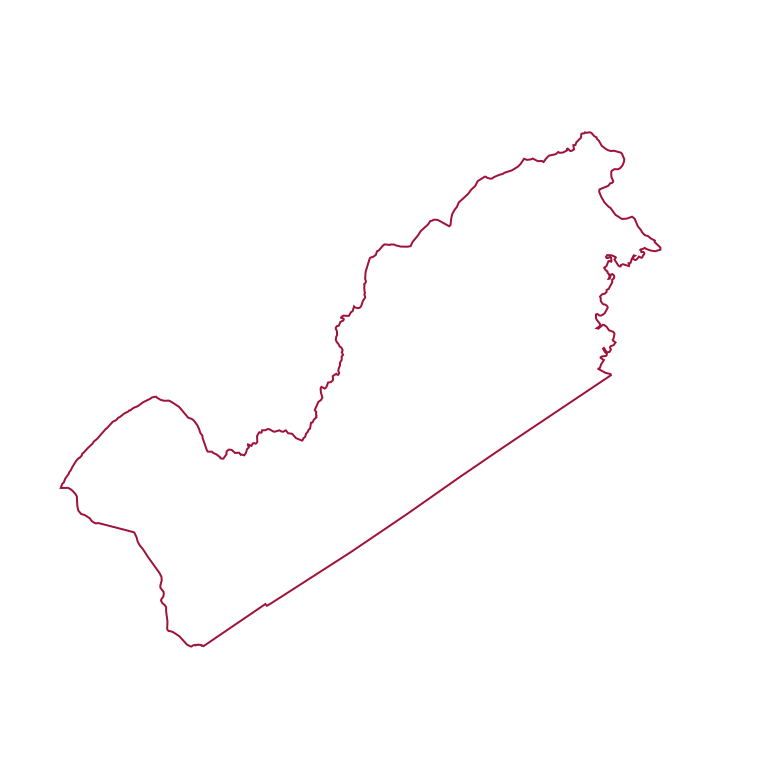 Kolda, Kolda, Senegal (Mercator projection), rotated 326°
{"feature_id": "50182788B77977720497228", "entity_name": "Kolda", "entity_type": "district", "adm_level": 2, "iso_a3": "SEN", "parent_name": "Senegal", "parent_adm1": "Kolda", "projection": "mercator", "projection_center": [-14.609, 12.87], "detail": "fine", "context": "isolated", "style": "outline", "palette": "rose", "viewbox_px": 768, "rotation_deg": 326, "n_neighbors": 0, "source": "geoboundaries", "source_scale": "gbopen_adm2", "svg_char_len": 6096}
<svg xmlns="http://www.w3.org/2000/svg" viewBox="0 0 768 768"><g transform="rotate(326 384 384)"><path d="M87.7,500.4L162.6,500.1L162.9,502.4L168.0,502.7L262.6,504.8L329.7,504.7L395.4,503.5L448.4,503.2L577.0,503.6L577.3,502.4L573.8,498.5L569.7,490.6L570.8,491.5L571.9,491.4L574.9,489.2L579.7,487.1L578.2,483.5L578.5,483.0L579.8,482.9L583.8,484.9L584.7,484.6L585.7,483.6L585.1,481.2L585.3,477.3L586.5,477.1L586.3,481.0L586.7,482.4L588.8,483.5L591.3,482.4L591.8,480.0L592.9,479.4L596.2,480.2L599.2,479.0L598.1,476.1L598.3,475.3L599.5,474.8L602.4,472.1L603.4,470.8L603.2,468.9L600.6,465.3L600.5,460.9L599.5,458.2L598.5,457.3L592.7,458.0L591.6,456.7L594.9,456.8L596.7,455.3L596.3,449.7L596.6,447.9L598.6,444.9L600.0,445.2L600.9,447.7L601.9,448.5L604.1,448.9L606.7,448.7L612.2,445.8L612.6,444.3L612.3,443.2L611.7,441.7L610.5,440.7L610.1,439.6L610.1,436.4L611.6,434.2L612.0,432.3L615.0,431.6L617.8,432.6L619.9,432.2L621.2,430.5L623.4,430.8L630.1,427.3L631.5,425.1L633.5,425.0L634.3,424.5L635.1,423.5L635.3,422.2L634.8,420.6L633.3,420.2L630.0,422.9L629.0,422.4L631.0,421.3L632.0,418.5L631.5,416.8L632.2,415.6L631.5,413.9L631.4,411.1L631.6,410.7L634.2,410.7L638.7,407.7L639.6,408.0L640.6,409.6L641.4,409.3L642.9,406.2L642.4,405.2L640.0,404.7L639.1,404.1L639.1,402.8L641.1,402.0L644.6,404.5L646.9,408.1L647.0,408.7L644.7,409.7L644.5,417.0L645.0,418.1L645.9,418.8L647.0,417.9L649.1,418.3L653.0,423.2L654.1,422.3L654.3,420.7L656.2,421.4L659.3,418.9L663.0,417.0L663.8,418.0L662.2,418.0L660.1,419.0L661.4,421.3L661.9,421.9L663.3,422.0L666.6,420.9L667.9,423.2L668.8,423.5L670.4,422.4L672.0,422.0L673.0,421.1L672.9,419.6L671.1,418.6L671.9,416.7L671.5,416.1L672.1,416.0L673.8,416.7L676.4,417.0L676.8,418.5L679.8,422.6L683.1,425.6L688.3,427.2L689.4,425.4L687.8,418.0L687.9,417.2L688.8,416.6L686.8,413.0L685.6,409.0L683.4,406.4L682.8,402.6L683.1,400.1L682.6,395.3L684.2,387.3L683.7,385.5L683.2,384.0L677.6,382.6L673.5,380.2L670.5,373.2L670.2,364.5L669.4,363.1L668.3,356.8L668.8,350.1L669.9,344.9L671.5,343.2L680.8,345.1L683.8,344.1L685.4,344.8L686.8,344.6L687.5,344.1L688.1,340.3L688.8,338.7L690.7,335.6L691.9,334.6L695.0,334.7L698.2,336.9L700.5,337.1L703.6,336.3L706.9,334.2L708.9,332.0L710.1,326.0L709.7,324.6L706.0,320.3L704.6,318.8L702.4,317.8L700.5,315.5L699.2,312.8L697.7,308.3L698.2,302.5L697.6,299.7L698.1,298.4L696.9,296.2L696.4,291.9L695.3,290.3L691.9,288.8L691.2,287.7L689.8,288.1L688.3,287.1L687.3,287.1L685.1,289.9L678.6,291.2L676.3,292.9L674.5,291.9L672.7,295.8L670.2,295.7L668.8,295.1L668.0,291.6L667.0,291.4L666.2,292.7L661.9,292.2L658.9,290.6L658.2,289.1L655.6,289.5L654.1,289.2L648.4,286.9L644.2,287.8L640.4,289.2L639.6,287.4L636.1,285.2L633.4,280.3L631.3,279.9L627.9,278.2L626.1,275.6L620.1,278.0L616.6,278.7L609.5,278.4L601.9,276.2L600.1,276.3L596.3,275.0L590.5,273.9L588.8,274.1L586.9,273.2L584.8,270.7L584.4,269.2L583.6,268.5L575.1,268.2L570.2,270.9L565.2,271.6L559.8,273.5L547.5,275.3L543.4,278.0L540.3,278.9L535.7,281.2L532.2,284.5L528.0,289.4L526.3,289.7L520.5,278.4L519.4,277.2L516.9,275.5L515.5,275.6L513.5,274.8L509.5,276.4L499.8,277.8L495.3,279.8L487.1,282.2L483.2,284.6L480.4,283.4L474.8,279.5L471.4,275.8L470.5,274.2L467.8,272.2L466.9,272.1L462.4,268.5L460.3,268.7L454.4,270.4L452.3,270.1L449.4,272.4L446.4,272.5L443.1,271.6L441.8,272.4L431.6,280.6L427.2,286.2L426.4,288.9L425.2,289.8L423.3,290.2L423.1,291.2L421.6,292.9L419.7,296.3L419.3,297.7L417.6,299.0L417.3,300.8L416.6,301.9L413.0,303.3L408.6,306.7L406.5,307.2L404.8,306.6L402.6,304.0L402.5,303.0L398.8,306.0L396.6,306.1L392.9,307.9L388.7,304.7L386.6,304.5L385.5,305.0L387.0,307.2L386.7,308.1L385.6,308.6L382.7,308.1L379.2,310.4L377.2,309.7L375.6,310.3L374.9,311.2L374.6,313.7L372.5,317.2L370.7,318.2L368.8,320.3L368.3,322.6L368.6,325.4L368.2,328.2L369.0,329.9L368.8,332.1L368.4,333.1L366.7,334.1L366.4,337.0L364.3,337.5L362.4,340.4L359.4,341.7L357.8,344.1L355.0,345.9L353.4,347.6L353.0,349.8L351.3,350.8L350.2,349.8L350.1,348.8L345.9,348.8L344.3,351.8L343.2,352.5L340.9,352.7L338.4,351.5L335.4,353.8L333.4,354.7L332.3,354.6L330.5,351.4L329.0,352.2L326.9,355.8L325.4,360.7L323.0,362.0L319.5,362.2L312.0,366.9L312.2,369.3L311.0,370.6L310.3,372.5L309.6,372.7L309.4,373.8L305.8,374.4L303.3,375.9L301.8,375.3L297.8,379.6L296.1,379.7L294.3,380.9L291.4,381.7L289.0,383.8L286.8,383.9L285.7,384.8L284.4,385.1L280.8,379.7L280.0,373.9L277.0,371.2L276.7,367.5L273.7,367.2L272.3,365.9L271.4,363.9L266.6,362.4L265.6,361.3L263.6,357.3L262.5,356.4L259.6,355.9L257.0,354.2L255.5,355.7L254.6,355.5L253.7,354.3L252.6,354.6L249.6,356.2L246.6,361.2L244.6,361.8L243.8,361.4L243.2,360.4L242.0,359.9L239.5,361.1L237.5,358.1L236.9,358.8L237.0,360.6L236.0,361.1L233.8,361.5L231.2,363.8L228.3,365.0L226.4,362.8L225.7,362.7L225.5,360.0L222.0,357.9L220.8,353.4L218.7,351.6L216.1,351.8L214.9,352.8L214.4,354.0L209.3,356.0L208.6,355.9L206.9,354.2L207.2,353.1L205.6,348.3L203.9,345.8L203.5,343.9L200.2,341.6L200.0,340.3L203.4,327.4L204.5,325.4L204.4,321.6L205.4,318.4L206.2,314.1L205.9,307.6L205.0,305.3L202.8,302.4L201.4,288.6L197.9,280.2L196.4,277.5L192.4,275.0L190.0,272.3L188.2,268.6L187.9,267.0L184.1,265.4L181.7,265.5L174.2,264.4L167.4,264.7L163.4,263.8L160.1,263.8L159.3,264.1L157.9,263.4L156.7,263.8L152.2,263.2L146.5,263.7L144.9,263.3L141.8,264.2L138.1,263.6L129.6,265.7L128.1,265.7L115.8,269.0L111.0,269.5L108.5,270.6L103.0,271.4L96.4,273.0L95.0,273.0L93.4,274.3L90.2,275.0L89.3,274.7L85.5,275.7L79.1,278.6L76.0,280.4L73.5,281.2L72.3,282.2L66.8,284.2L63.4,286.6L61.6,286.8L57.9,289.4L63.9,293.4L65.1,295.4L66.0,298.1L66.7,302.4L66.5,305.4L61.4,313.9L59.8,318.0L60.2,322.4L62.5,325.1L65.0,330.8L65.0,333.9L65.9,336.4L67.1,338.4L69.5,339.6L93.7,367.0L93.9,367.9L93.1,372.9L91.6,377.1L91.3,381.4L91.8,386.7L91.6,395.4L92.2,415.5L91.5,419.8L89.9,422.5L85.6,426.3L84.7,428.0L85.0,433.0L84.2,434.7L82.2,436.8L79.0,438.0L78.1,438.7L77.7,441.6L78.6,444.7L78.6,447.1L76.1,450.9L71.7,459.8L67.4,465.6L67.0,467.2L67.4,468.4L69.2,470.0L70.5,472.0L73.3,478.7L74.9,489.7L76.6,493.0L77.6,494.0L79.4,493.9L81.6,494.7L81.6,495.3L84.0,496.0L84.1,496.5L85.0,496.8L86.7,498.4L87.0,498.9L86.6,499.2L87.7,500.4Z" fill="none" stroke="#9f1239" stroke-width="2"/></g></svg>